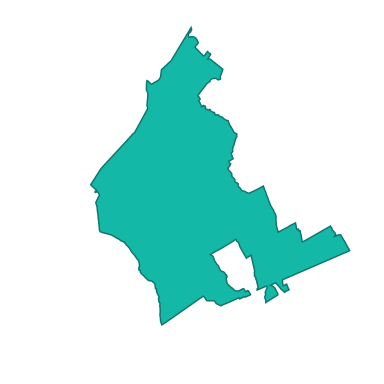 outline of Garoafa, Vrancea, Romania, rotated 236°
{"feature_id": "2599482B42581199189743", "entity_name": "Garoafa", "entity_type": "district", "adm_level": 2, "iso_a3": "ROU", "parent_name": "Romania", "parent_adm1": "Vrancea", "projection": "orthographic", "projection_center": [27.251, 45.799], "detail": "fine", "context": "isolated", "style": "filled", "palette": "teal", "viewbox_px": 384, "rotation_deg": 236, "n_neighbors": 0, "source": "geoboundaries", "source_scale": "gbopen_adm2", "svg_char_len": 5957}
<svg xmlns="http://www.w3.org/2000/svg" viewBox="0 0 384 384"><g transform="rotate(236 192 192)"><path d="M86.3,287.8L88.5,258.1L89.0,255.4L95.8,258.6L97.1,258.8L98.2,259.5L99.5,260.0L99.7,259.9L100.0,258.9L101.9,259.4L102.4,257.9L108.5,260.5L109.4,253.8L109.2,253.1L109.8,247.1L110.0,246.0L110.3,242.9L110.5,241.9L110.3,241.0L110.6,241.0L111.5,241.4L112.2,241.5L114.5,242.3L117.9,243.6L121.0,245.5L122.3,246.2L124.5,247.9L127.1,248.8L129.8,248.8L131.0,249.4L131.8,249.5L132.8,249.4L136.4,249.6L141.7,250.7L145.8,251.8L146.5,251.8L151.1,253.1L153.5,253.5L157.0,254.5L157.8,246.7L158.5,242.0L159.2,238.5L159.6,237.9L162.8,236.2L165.6,234.0L167.3,234.1L168.4,234.1L169.5,233.7L170.3,233.7L172.3,234.3L173.0,234.9L174.0,234.6L175.7,233.6L176.7,233.3L178.3,234.5L180.2,234.3L182.0,233.8L183.6,234.2L184.0,234.7L185.0,235.2L186.8,235.2L187.7,234.9L189.7,234.6L190.8,234.7L191.5,235.2L192.2,235.7L192.2,236.9L192.5,237.8L193.2,239.1L193.8,239.8L194.3,239.4L195.5,239.2L197.1,239.7L196.7,240.4L196.6,241.0L196.8,242.0L196.6,244.7L199.0,245.1L202.3,246.4L202.7,248.3L205.8,250.4L207.5,253.0L211.9,258.1L212.8,260.1L215.3,261.6L215.5,261.2L216.7,260.8L216.9,260.5L217.1,260.3L218.6,260.3L225.3,260.8L226.7,260.7L231.0,261.9L231.3,261.4L233.0,260.1L234.9,259.4L237.2,258.9L237.4,258.9L238.1,258.0L238.6,257.6L239.9,257.2L241.0,257.0L241.9,256.3L242.6,254.6L243.8,254.1L244.1,254.7L244.9,255.0L245.7,254.8L245.8,254.4L247.0,253.6L249.3,252.6L249.8,252.7L250.2,253.1L250.6,253.0L250.9,251.3L251.2,251.1L251.6,251.0L253.3,249.9L254.0,250.0L255.3,251.0L256.2,250.8L256.4,250.1L257.5,249.8L257.1,247.8L258.0,247.8L261.7,248.5L264.1,248.7L264.3,250.6L265.5,250.9L266.8,250.9L268.7,250.6L269.3,252.7L270.5,255.8L272.9,263.2L273.6,265.2L273.5,267.5L273.6,268.7L274.3,269.3L274.7,270.9L274.7,272.1L273.2,274.8L272.7,275.4L270.3,276.4L270.2,276.5L269.7,278.4L269.9,278.6L270.3,279.2L271.6,279.9L272.3,280.5L274.4,283.5L276.5,286.2L292.1,281.3L293.4,279.5L294.2,281.3L294.7,281.8L295.2,283.6L295.6,284.3L296.1,284.6L297.3,284.0L298.8,283.5L299.7,283.6L299.5,282.3L299.3,281.4L298.6,280.5L298.3,279.1L298.3,278.2L298.5,277.5L300.0,277.4L303.3,276.6L310.6,275.4L311.7,279.6L312.0,280.3L312.6,280.8L315.6,281.2L317.3,281.2L318.1,281.0L318.8,280.7L319.7,280.1L320.4,279.4L321.2,278.1L321.6,276.5L322.0,276.3L322.8,276.3L324.2,276.8L325.0,277.6L325.3,278.1L325.5,280.5L325.9,280.9L326.4,281.9L326.6,282.3L327.7,282.9L328.8,283.2L312.6,248.3L310.8,237.3L310.5,235.1L304.9,230.2L303.5,227.2L303.6,223.6L304.0,221.7L303.7,220.2L304.1,218.5L308.4,217.6L309.5,216.9L307.4,215.0L302.4,211.4L300.2,211.0L299.1,210.7L298.3,210.4L296.3,209.1L289.3,203.3L285.9,201.9L273.2,177.4L273.3,175.9L271.2,167.5L263.3,133.8L262.1,129.2L254.6,112.0L248.4,113.5L247.8,113.8L247.0,113.8L246.4,113.6L246.2,113.2L246.3,112.5L246.8,112.3L246.8,112.1L245.9,111.5L245.7,111.6L245.6,111.8L245.5,112.4L245.2,113.5L244.9,113.8L244.3,113.7L243.7,113.9L243.0,114.0L242.5,113.8L241.6,113.7L240.9,113.2L240.5,112.1L239.9,110.9L239.0,109.9L238.7,108.9L238.0,108.2L237.7,107.3L237.4,106.8L236.7,106.2L233.0,105.0L232.2,104.7L228.3,102.5L227.2,102.1L221.5,99.0L218.9,97.7L212.2,94.0L211.2,93.7L210.1,93.9L209.1,94.6L201.3,101.3L194.5,104.5L194.2,105.1L191.8,105.6L191.2,105.9L189.8,106.8L189.2,107.3L188.5,108.2L187.8,107.8L187.4,107.8L185.2,108.0L184.2,108.2L182.0,108.5L181.2,108.7L175.5,108.5L172.3,109.0L168.3,109.0L165.5,109.3L164.4,109.1L162.2,108.3L160.6,107.4L160.1,107.3L159.3,106.0L157.8,104.7L156.5,104.5L156.0,105.2L155.8,105.2L155.1,105.0L154.6,104.4L153.8,104.3L151.8,104.5L150.0,105.1L147.9,105.3L143.8,106.2L142.2,107.0L141.6,108.0L140.8,108.8L140.2,109.1L139.6,109.1L138.9,109.4L137.8,109.7L136.1,109.5L135.3,109.3L134.9,109.0L134.0,108.6L132.8,107.8L132.1,107.8L131.5,108.3L131.3,108.3L129.4,107.0L128.7,106.9L127.4,106.5L126.4,106.5L124.8,106.1L123.7,106.1L122.8,105.3L122.5,104.8L121.8,104.3L121.2,104.1L120.6,103.7L119.0,103.1L118.6,103.0L118.3,103.2L117.7,103.2L117.2,103.0L116.8,102.6L116.1,102.2L115.7,101.7L115.1,101.2L114.0,100.9L113.1,100.4L112.4,99.9L112.0,99.8L111.5,99.2L110.2,98.6L108.7,97.1L107.9,96.8L107.4,96.3L107.0,96.3L105.9,95.6L105.2,95.4L103.7,94.4L102.2,93.6L98.7,92.7L98.6,98.4L99.4,142.9L99.1,142.9L98.9,143.1L98.3,143.4L97.8,143.5L96.3,143.4L93.7,143.5L93.0,144.2L92.4,145.3L91.8,145.9L91.0,147.5L90.6,147.7L89.9,148.9L89.0,149.6L88.5,149.8L86.1,149.7L85.2,150.1L82.5,151.8L81.8,152.0L81.6,152.3L81.3,153.5L81.2,155.1L81.0,155.7L80.8,157.1L80.6,157.3L78.0,171.9L77.6,171.9L76.7,171.7L76.6,171.8L76.6,172.9L76.3,174.3L76.3,174.9L75.5,177.4L75.1,177.6L74.4,181.0L74.1,182.8L74.2,183.2L78.5,183.4L78.6,182.9L79.1,182.9L79.3,181.2L79.6,180.6L82.4,180.8L82.9,180.7L83.4,179.8L83.5,178.1L83.6,177.1L84.1,175.0L84.7,173.8L86.2,172.5L88.4,171.8L89.1,171.9L90.4,171.4L90.4,171.2L93.3,170.5L96.5,169.9L101.8,172.2L102.0,173.7L103.4,174.1L104.1,174.1L104.2,173.8L104.5,173.7L106.1,173.9L107.0,173.8L107.7,173.6L108.4,173.3L110.2,171.9L110.9,171.8L112.1,171.8L113.3,171.9L115.9,172.6L118.2,172.2L123.0,172.3L124.8,173.0L127.3,173.4L129.9,172.1L129.5,178.9L128.9,184.3L128.3,196.2L128.2,201.6L128.1,201.8L127.9,202.1L126.1,201.6L124.4,202.3L119.1,201.0L106.8,200.1L106.6,205.6L91.6,199.9L90.3,198.5L89.0,198.1L88.1,197.1L86.6,196.8L85.5,197.0L83.6,196.1L82.0,196.0L80.7,195.2L78.8,194.6L77.8,194.2L75.2,192.9L75.2,191.6L74.3,191.2L72.3,201.4L71.1,201.3L68.0,196.7L66.5,196.0L65.3,195.3L64.9,194.3L64.4,193.8L63.7,193.3L61.5,192.7L59.8,191.9L59.1,191.4L58.7,205.6L59.8,206.3L63.0,206.5L63.9,206.8L64.9,206.8L65.5,207.0L66.4,207.0L68.9,206.2L70.9,204.8L70.0,210.4L65.1,211.3L61.5,211.5L57.9,212.7L57.2,212.5L57.1,213.2L57.3,213.5L56.6,217.7L62.2,218.7L62.4,218.9L62.7,219.0L62.8,218.8L63.2,215.2L65.3,215.9L67.2,217.0L68.6,218.2L55.2,289.9L65.5,290.9L66.9,290.9L73.3,291.3L73.5,291.2L73.5,290.8L74.1,290.3L74.4,289.8L75.5,285.4L76.3,287.1L76.5,287.4L78.6,287.7L80.8,287.4L81.9,287.1L84.0,287.7L85.6,287.5L86.0,287.8L86.3,287.8Z" fill="#14b8a6" stroke="#0f766e" stroke-width="1.5"/></g></svg>